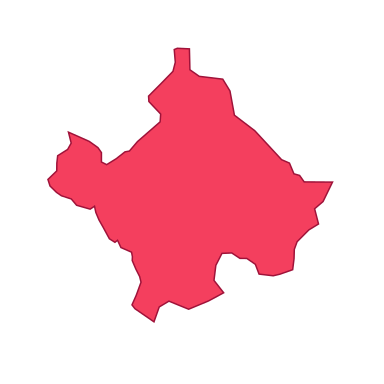 the district of Dibër, Dibër, Albania, rotated 142°
{"feature_id": "67620474B73468897065558", "entity_name": "Dibër", "entity_type": "district", "adm_level": 2, "iso_a3": "ALB", "parent_name": "Albania", "parent_adm1": "Dibër", "projection": "mercator", "projection_center": [20.381, 41.713], "detail": "fine", "context": "isolated", "style": "filled", "palette": "rose", "viewbox_px": 384, "rotation_deg": 142, "n_neighbors": 0, "source": "geoboundaries", "source_scale": "gbopen_adm2", "svg_char_len": 1195}
<svg xmlns="http://www.w3.org/2000/svg" viewBox="0 0 384 384"><g transform="rotate(142 192 192)"><path d="M123.3,90.2L112.0,88.9L105.7,103.3L94.6,103.8L75.2,113.3L97.4,130.9L97.0,138.8L100.5,143.6L97.4,154.8L101.5,162.3L104.8,201.6L111.3,226.4L99.9,248.2L98.3,262.0L115.1,278.7L118.4,289.6L110.8,299.8L105.9,306.4L115.1,314.3L118.3,315.2L125.3,304.5L132.7,298.8L147.3,296.8L167.2,294.3L170.3,289.8L168.7,272.7L173.9,266.9L203.9,265.3L216.1,262.8L220.1,264.9L231.4,264.9L242.4,266.1L244.9,271.4L239.1,278.8L238.8,284.9L241.8,295.1L252.5,315.2L257.1,304.9L263.8,302.1L275.5,303.3L280.7,298.0L285.6,291.9L297.8,290.6L300.2,284.1L299.0,275.1L297.2,269.4L291.4,260.8L291.1,252.6L282.8,241.2L277.6,240.8L280.4,235.0L282.5,227.2L283.7,219.1L285.9,206.0L283.7,199.8L280.4,199.8L282.2,192.0L276.7,181.8L278.8,177.7L281.3,174.8L283.7,165.8L285.3,157.6L287.7,152.3L299.6,144.9L308.8,140.0L308.8,135.1L301.9,113.1L288.6,121.6L277.4,120.2L266.8,101.7L246.1,96.0L229.1,93.1L229.1,108.8L218.4,119.5L206.2,125.2L198.2,119.5L195.1,110.2L189.7,105.9L186.6,96.0L189.7,86.0L179.6,76.0L173.3,73.1L160.5,68.8L152.6,76.7L146.7,83.8L139.8,88.1L123.3,90.2Z" fill="#f43f5e" stroke="#9f1239" stroke-width="1.5"/></g></svg>